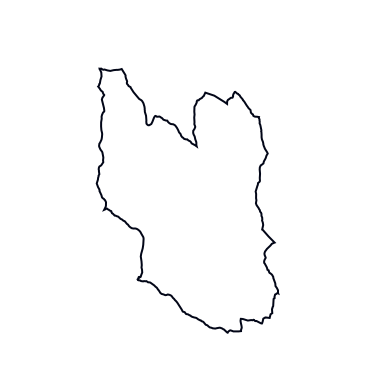 Bunesti, Brasov, Romania (Robinson projection), rotated 250°
{"feature_id": "2599482B80312338976993", "entity_name": "Bunesti", "entity_type": "district", "adm_level": 2, "iso_a3": "ROU", "parent_name": "Romania", "parent_adm1": "Brasov", "projection": "robinson", "projection_center": [25.052, 46.093], "detail": "fine", "context": "isolated", "style": "outline", "palette": "ink", "viewbox_px": 384, "rotation_deg": 250, "n_neighbors": 0, "source": "geoboundaries", "source_scale": "gbopen_adm2", "svg_char_len": 6056}
<svg xmlns="http://www.w3.org/2000/svg" viewBox="0 0 384 384"><g transform="rotate(250 192 192)"><path d="M280.8,238.5L278.1,235.8L277.9,234.9L277.0,233.5L276.6,230.9L275.9,229.6L276.3,228.5L276.1,228.1L275.6,227.5L274.6,227.1L273.8,226.4L272.3,224.8L271.6,223.8L271.1,223.4L266.6,221.6L263.9,220.9L261.3,219.6L256.7,218.2L254.9,217.4L252.6,217.4L252.0,217.3L250.5,216.0L249.1,214.1L247.1,213.3L245.4,213.2L243.3,213.5L240.3,213.1L237.6,213.1L236.7,212.9L234.5,212.1L233.3,212.0L234.9,210.9L237.8,208.3L239.4,208.0L240.3,207.6L241.6,206.3L243.1,205.5L243.3,204.7L244.5,202.9L245.0,202.6L245.9,202.3L246.7,201.6L248.2,201.1L250.8,201.0L251.7,200.5L252.9,200.2L254.5,200.2L257.4,199.8L259.9,199.1L260.7,198.7L262.0,197.6L263.0,195.6L263.5,195.0L264.7,194.1L266.2,193.4L267.5,193.2L268.1,191.9L269.7,189.9L271.7,189.1L272.2,188.6L273.2,188.0L274.0,187.3L274.7,184.8L275.9,183.9L276.0,183.4L275.5,182.5L274.5,181.4L271.6,178.9L269.8,177.0L269.4,174.7L269.7,173.7L270.3,173.2L271.1,172.8L271.8,172.6L273.7,173.1L274.8,173.6L279.4,174.9L283.4,175.1L284.9,175.6L285.6,175.7L286.6,176.1L288.5,176.5L292.0,176.7L294.4,176.3L295.1,176.0L295.8,175.6L297.5,174.2L300.5,173.1L305.8,171.2L310.7,170.1L311.6,170.1L313.2,168.7L314.4,168.5L316.0,167.9L316.9,168.1L317.9,168.8L318.5,168.9L321.3,168.8L323.2,169.0L324.0,169.4L324.9,169.4L331.6,168.0L331.7,166.2L332.1,164.2L332.6,162.8L333.3,160.1L333.7,156.7L335.2,154.1L337.0,151.7L337.2,150.5L337.4,150.2L337.8,149.8L339.0,148.9L339.3,147.7L339.5,147.3L338.8,147.2L337.8,147.5L335.2,147.6L331.5,146.5L328.6,144.3L325.3,142.4L325.1,141.7L324.4,141.4L323.4,140.5L323.2,139.9L320.6,140.7L318.6,141.1L316.6,142.3L315.3,142.2L313.8,142.4L313.3,142.7L313.0,142.6L311.8,140.9L311.4,140.2L309.7,138.9L301.0,138.0L298.1,137.3L297.6,136.9L297.2,135.8L296.9,135.4L295.2,133.8L293.7,132.8L291.7,132.2L288.7,130.5L284.7,129.0L281.1,128.0L278.4,127.7L277.1,127.4L274.1,126.0L272.5,125.1L271.9,124.6L269.8,122.5L269.1,121.5L267.0,120.4L265.9,120.3L263.2,120.5L260.5,121.3L259.7,121.3L254.8,120.5L253.9,120.1L252.3,119.3L250.3,118.8L248.1,115.8L247.6,113.7L246.8,112.9L245.3,112.1L244.0,111.9L243.2,111.6L240.4,111.0L240.2,110.8L239.2,109.7L238.5,109.5L237.4,108.6L235.9,107.9L232.6,105.4L228.7,105.4L226.1,105.8L225.1,105.7L224.6,105.4L220.0,105.8L217.9,105.6L216.9,105.9L215.5,106.9L214.9,107.0L214.0,107.5L211.8,107.7L208.7,106.5L207.7,105.9L205.3,103.4L205.4,104.8L205.7,105.4L205.5,106.4L204.6,106.9L203.8,107.7L202.8,108.3L201.7,109.5L201.4,109.6L200.6,109.4L200.0,109.6L199.4,109.6L198.4,110.4L197.1,110.9L196.6,111.3L196.3,111.3L196.0,112.0L195.0,113.0L194.1,114.2L191.2,115.7L190.0,116.9L188.5,117.7L187.7,118.6L187.3,118.9L184.4,119.9L183.2,120.7L181.3,121.2L179.9,122.0L178.6,123.0L177.7,124.5L177.2,126.0L176.9,126.6L176.2,127.5L175.4,128.2L173.6,129.3L171.9,129.9L170.2,130.1L166.3,130.8L165.3,130.7L164.3,130.4L159.0,128.1L155.9,126.4L151.4,123.2L148.9,121.8L144.0,120.8L140.5,119.8L138.2,118.7L136.2,118.5L133.4,117.7L131.6,116.1L130.0,114.9L129.7,114.5L129.7,114.0L130.3,113.4L130.3,113.2L129.8,113.2L129.5,112.9L129.6,112.5L129.4,112.4L129.5,112.2L128.8,111.6L128.5,111.0L127.7,111.1L127.0,112.1L126.7,112.9L125.7,113.7L125.0,115.0L124.7,115.6L124.7,116.4L124.0,117.8L123.8,118.7L122.1,119.9L121.9,120.6L121.2,121.8L117.1,124.6L115.7,125.2L114.1,126.2L112.5,126.6L112.1,126.6L111.6,126.9L109.4,127.5L108.4,127.6L106.7,128.5L105.5,130.2L104.2,131.6L103.9,132.9L104.0,134.1L103.7,134.7L103.3,135.2L103.0,135.8L101.7,137.0L101.1,137.3L99.0,137.9L97.7,138.6L96.3,139.0L94.9,139.7L93.2,140.3L85.2,142.1L82.8,142.4L81.6,144.0L80.0,144.5L79.3,144.8L78.4,146.4L76.9,147.6L76.4,148.3L75.5,148.7L74.7,149.4L73.4,151.1L72.4,152.7L71.9,153.2L70.2,154.3L68.5,155.9L68.4,156.3L67.3,156.8L66.8,157.6L65.9,158.3L62.6,159.5L61.4,160.9L60.1,161.5L58.7,162.4L57.8,163.8L56.8,164.9L55.7,167.2L55.6,168.3L55.1,171.4L54.7,172.2L53.4,173.7L52.3,174.5L51.9,175.0L48.1,176.9L47.6,177.4L48.4,178.4L48.9,179.9L48.9,180.5L48.8,180.9L46.8,183.3L45.0,188.4L44.5,190.5L45.6,190.9L47.4,192.3L49.0,192.7L53.4,193.3L54.7,193.7L56.1,194.5L55.6,195.7L55.0,196.7L52.1,200.5L51.4,203.9L50.8,204.9L50.9,206.0L50.5,206.6L49.9,206.7L49.3,207.1L48.9,207.7L48.9,208.1L48.7,208.5L45.0,211.9L44.5,212.7L44.7,213.0L46.1,214.1L48.6,215.7L49.0,217.7L48.9,218.4L48.6,218.5L48.5,219.1L47.1,221.9L50.2,224.0L50.7,226.0L54.6,227.1L54.9,227.5L56.2,228.3L56.6,228.9L57.1,229.3L63.6,232.1L63.9,232.6L63.9,233.2L64.1,233.4L65.3,233.7L67.2,235.0L67.3,236.0L67.7,236.9L67.5,238.1L67.3,238.3L67.8,238.3L70.2,239.2L72.8,238.9L75.0,238.3L77.7,239.0L83.4,239.0L84.3,239.3L86.4,239.0L87.5,238.6L89.1,237.6L89.2,237.4L89.5,237.2L91.0,237.0L91.4,237.2L92.2,237.2L93.1,236.3L94.5,236.5L95.8,236.5L99.9,235.9L100.6,235.6L101.1,235.7L102.0,236.0L102.8,236.5L103.6,237.2L104.9,238.7L105.3,238.8L107.7,238.7L109.1,238.9L110.0,239.4L111.1,240.3L112.9,243.0L114.8,247.3L116.0,249.3L116.2,251.6L116.2,252.3L124.1,248.7L132.3,245.5L132.7,245.1L136.6,247.6L139.1,248.1L141.3,248.1L142.0,248.6L144.0,249.2L145.7,249.1L147.8,249.8L148.9,249.8L150.2,249.3L151.9,249.5L152.9,249.2L154.1,249.1L157.5,248.2L159.5,248.2L162.2,249.7L164.3,250.1L168.2,251.6L170.7,252.0L175.6,255.7L176.2,256.3L177.8,257.1L178.4,258.8L179.1,259.6L182.0,260.5L185.9,262.2L190.0,263.3L192.0,264.2L193.5,265.7L193.7,266.7L194.4,268.9L195.6,269.6L196.8,270.7L197.3,271.4L198.7,272.9L200.8,274.5L202.2,276.3L203.6,276.2L207.8,275.3L209.4,275.3L210.3,275.2L212.3,275.3L213.3,275.6L214.9,275.8L217.5,275.7L219.6,276.1L222.1,277.0L224.8,277.8L225.2,277.7L226.2,278.3L231.6,279.1L233.3,279.0L235.3,279.8L236.2,279.9L237.2,280.3L238.6,280.1L239.5,280.6L240.6,278.6L240.8,277.9L241.6,276.5L242.6,275.7L244.0,275.8L244.7,275.2L246.4,274.5L249.0,275.0L251.5,273.8L253.3,273.4L254.1,273.1L259.2,272.0L260.9,271.3L261.2,271.4L262.0,271.2L265.2,270.0L266.4,269.9L267.8,269.0L268.4,268.9L268.9,268.2L271.3,266.9L271.4,266.4L269.8,264.4L268.7,263.6L267.6,263.2L266.8,262.3L267.2,260.7L266.5,258.4L266.3,257.4L265.7,256.6L264.9,255.9L262.8,255.1L265.6,253.2L274.9,245.9L280.8,238.5Z" fill="none" stroke="#020617" stroke-width="2"/></g></svg>